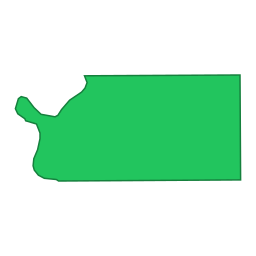 Sully, South Dakota, United States of America (orthographic projection)
{"feature_id": "52423323B41548750764016", "entity_name": "Sully", "entity_type": "district", "adm_level": 2, "iso_a3": "USA", "parent_name": "United States of America", "parent_adm1": "South Dakota", "projection": "orthographic", "projection_center": [-100.502, 44.723], "detail": "fine", "context": "isolated", "style": "filled", "palette": "green", "viewbox_px": 256, "rotation_deg": 0, "n_neighbors": 0, "source": "geoboundaries", "source_scale": "gbopen_adm2", "svg_char_len": 467}
<svg xmlns="http://www.w3.org/2000/svg" viewBox="0 0 256 256"><path d="M240.0,75.0L84.5,75.8L87.1,82.6L85.0,88.1L81.6,92.1L69.6,100.2L61.6,109.5L57.9,115.3L55.0,116.8L41.0,114.3L34.0,107.6L26.7,98.1L21.2,96.6L18.4,98.7L15.4,108.7L17.8,113.8L24.8,118.7L25.7,120.8L36.5,124.0L40.0,133.0L40.0,138.7L37.6,149.7L33.8,158.7L33.1,165.8L34.3,170.1L38.4,175.2L44.3,178.3L56.3,179.5L58.6,181.0L240.6,179.9L240.0,75.0Z" fill="#22c55e" stroke="#15803d" stroke-width="1.5"/></svg>